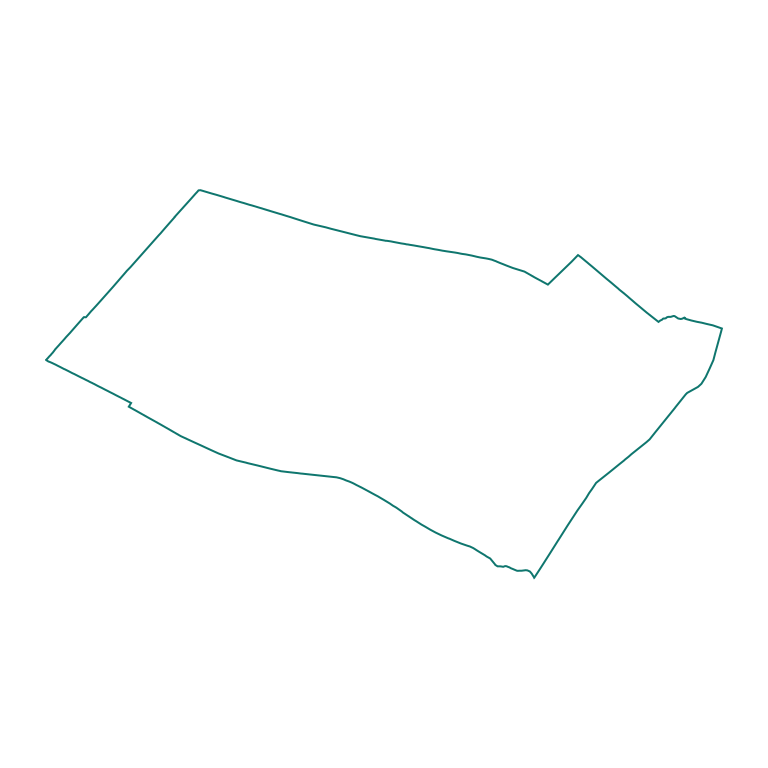 Cochirleanca, Buzau, Romania (Equal Earth projection)
{"feature_id": "2599482B68265285163433", "entity_name": "Cochirleanca", "entity_type": "district", "adm_level": 2, "iso_a3": "ROU", "parent_name": "Romania", "parent_adm1": "Buzau", "projection": "equal_earth", "projection_center": [27.016, 45.202], "detail": "fine", "context": "isolated", "style": "outline", "palette": "teal", "viewbox_px": 768, "rotation_deg": 0, "n_neighbors": 0, "source": "geoboundaries", "source_scale": "gbopen_adm2", "svg_char_len": 4770}
<svg xmlns="http://www.w3.org/2000/svg" viewBox="0 0 768 768"><path d="M534.2,577.8L534.4,577.6L534.6,577.2L534.8,576.9L539.9,569.1L544.4,562.1L544.5,561.9L549.3,554.4L558.2,540.3L558.3,540.2L567.6,525.5L577.4,510.5L582.3,503.6L586.3,497.8L589.1,493.1L592.1,488.9L596.1,482.9L598.3,481.1L608.9,472.7L619.5,464.1L624.4,460.2L624.7,459.8L628.6,456.7L631.4,454.2L646.4,442.2L649.6,439.4L655.4,432.1L675.2,407.6L675.3,407.4L685.7,394.4L687.2,392.9L698.0,386.9L701.4,383.8L705.7,377.0L709.6,368.6L713.4,360.1L713.5,359.7L715.4,352.4L721.2,331.3L721.9,328.5L713.6,325.6L712.7,325.3L710.9,324.9L706.5,323.9L701.7,322.7L696.9,321.8L691.4,320.5L686.0,319.0L684.8,318.5L685.0,317.9L684.4,317.6L682.2,318.7L680.8,319.0L678.2,318.5L674.6,316.1L673.5,316.0L670.6,316.9L668.1,316.9L666.9,317.3L665.7,318.3L664.5,318.5L663.4,318.5L662.9,318.8L661.9,319.8L660.3,320.5L658.5,321.9L646.7,312.6L635.3,303.1L628.7,297.4L627.7,296.5L624.5,293.8L618.9,289.3L618.6,288.9L614.9,285.8L612.1,283.4L606.4,278.7L597.0,270.7L592.3,266.7L588.8,263.8L587.3,262.5L585.7,261.2L580.8,257.1L579.9,256.5L579.2,255.9L578.7,255.6L578.0,255.1L577.3,255.8L571.5,261.8L565.9,267.2L560.0,272.9L554.9,277.8L547.9,284.6L534.8,277.5L524.5,271.6L520.6,270.4L512.9,268.0L511.3,267.4L506.6,265.6L502.9,264.1L500.3,263.1L496.7,261.6L495.9,261.2L494.2,260.6L492.2,259.8L491.1,259.5L488.0,258.8L485.9,258.4L480.2,257.5L476.9,256.8L471.9,255.6L465.8,254.4L462.1,253.9L460.5,253.6L457.7,253.0L454.7,252.5L447.1,251.4L445.8,251.2L444.0,250.9L442.6,250.7L439.0,250.0L437.3,249.7L434.8,249.3L433.2,249.0L431.8,248.7L430.8,248.5L429.5,248.2L427.1,247.8L423.3,247.1L418.6,246.3L413.5,245.4L409.7,244.8L408.1,244.5L406.2,244.3L405.9,244.2L405.1,244.0L403.2,243.7L401.8,243.5L400.6,243.3L399.1,243.0L397.5,242.7L393.8,242.0L390.9,241.4L386.8,240.8L386.3,240.8L385.7,240.8L384.9,240.6L380.4,239.8L378.1,239.4L375.8,239.0L374.2,238.6L372.4,238.3L360.4,236.2L356.3,235.2L343.0,231.8L331.1,228.8L325.3,227.2L325.1,227.2L324.8,227.1L314.4,224.7L313.6,224.5L303.1,221.2L295.9,218.9L292.8,217.9L290.7,217.2L285.7,215.7L284.8,215.4L284.1,215.2L281.6,214.4L279.8,213.9L272.2,211.6L252.1,205.5L249.8,204.9L248.8,204.6L247.5,204.2L243.3,202.9L242.5,202.7L240.4,202.1L238.1,201.4L237.2,201.1L224.5,197.3L224.3,197.2L217.0,195.0L216.3,194.8L211.3,193.4L205.6,191.7L203.9,191.2L202.6,190.8L201.5,190.5L200.5,190.2L199.3,190.3L199.2,190.3L198.7,190.3L198.4,190.5L197.5,191.6L196.3,192.9L196.1,193.1L195.7,193.5L191.1,198.7L174.7,216.9L174.8,217.0L169.7,222.8L164.8,228.4L162.3,231.3L160.6,233.3L158.8,235.2L136.8,260.0L130.5,267.1L126.5,271.2L126.4,271.4L113.0,286.9L97.6,304.2L92.2,310.1L91.4,310.9L86.0,317.2L85.2,317.3L84.7,317.2L84.1,317.1L83.7,317.3L77.0,324.9L70.6,332.2L70.3,332.6L68.7,334.3L66.0,337.2L64.4,339.1L61.7,342.1L60.7,343.2L58.4,345.8L56.3,348.1L55.9,348.6L55.4,349.1L55.1,349.4L54.7,350.1L54.0,351.0L52.7,352.7L51.4,354.1L50.8,354.9L49.3,356.4L47.9,358.0L47.5,358.5L47.2,358.7L47.1,358.8L46.8,359.2L46.7,359.4L46.5,359.6L46.3,359.8L46.1,359.9L46.1,360.0L46.5,360.3L46.9,360.5L47.8,361.1L48.4,361.5L49.6,361.9L51.7,362.8L53.4,363.6L54.6,364.2L55.1,364.4L55.7,364.7L57.4,365.6L59.8,366.8L60.6,367.2L64.2,369.1L64.6,369.2L67.8,370.8L68.6,371.2L72.4,373.2L74.2,374.0L78.3,376.1L79.7,376.8L82.3,378.1L83.2,378.5L85.5,379.7L88.2,381.0L89.8,381.9L91.3,382.6L91.8,382.8L92.9,383.4L93.5,383.7L94.2,384.0L94.7,384.3L95.3,384.6L96.2,385.1L97.3,385.7L98.1,386.1L100.3,387.2L101.2,387.6L102.9,388.5L104.8,389.5L107.8,391.0L109.9,392.1L113.1,393.7L116.3,395.4L118.7,396.6L125.5,400.1L131.1,403.0L128.8,406.7L148.2,417.6L152.0,419.7L161.1,424.8L180.7,436.1L194.1,442.3L201.8,445.8L206.3,447.9L212.4,450.7L218.6,453.5L226.2,456.4L236.5,460.4L246.2,462.7L247.5,463.1L258.0,465.6L270.4,468.7L277.9,470.5L280.2,471.0L280.8,471.2L288.3,472.1L292.9,472.6L297.6,473.1L301.3,473.6L301.5,473.6L301.9,473.6L302.7,473.7L310.1,474.5L330.6,476.7L334.3,477.1L334.7,477.1L335.3,477.2L336.4,477.3L340.2,478.2L343.5,479.3L346.0,480.4L349.4,481.6L352.4,482.9L354.2,483.8L356.6,485.1L362.2,487.9L375.5,495.1L377.8,496.3L379.8,497.5L383.9,499.9L385.2,500.7L389.8,503.5L393.1,505.8L394.9,506.8L396.4,507.7L401.8,511.5L402.9,512.5L404.6,513.6L414.2,520.0L416.2,521.2L419.0,523.0L421.5,524.6L424.9,526.5L430.3,529.7L435.5,532.5L441.5,535.4L448.7,538.5L449.2,538.6L451.7,539.7L454.2,540.8L460.9,543.5L466.7,545.5L468.9,546.2L469.7,546.4L473.3,548.1L475.2,549.3L477.2,550.6L479.8,552.2L484.8,555.2L486.6,556.5L487.5,557.0L490.2,558.5L494.8,564.1L495.3,564.9L497.5,566.3L499.8,566.3L501.5,566.5L503.2,566.8L505.1,566.1L505.8,566.1L506.7,566.3L508.3,567.0L509.5,567.4L510.8,568.2L512.8,569.0L516.6,570.6L517.3,570.8L521.8,570.7L525.7,570.2L527.4,570.4L529.9,571.5L531.7,573.6L533.8,577.0L534.0,577.4L534.2,577.8Z" fill="none" stroke="#0f766e" stroke-width="2"/></svg>